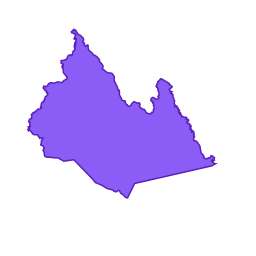 Robežnieku pag., Kraslavas, Latvia, rotated 27°
{"feature_id": "27541924B81744778922101", "entity_name": "Robežnieku pag.", "entity_type": "district", "adm_level": 2, "iso_a3": "LVA", "parent_name": "Latvia", "parent_adm1": "Kraslavas", "projection": "albers", "projection_center": [27.571, 55.969], "detail": "fine", "context": "isolated", "style": "filled", "palette": "violet", "viewbox_px": 256, "rotation_deg": 27, "n_neighbors": 0, "source": "geoboundaries", "source_scale": "gbopen_adm2", "svg_char_len": 5651}
<svg xmlns="http://www.w3.org/2000/svg" viewBox="0 0 256 256"><g transform="rotate(27 128 128)"><path d="M177.7,93.0L177.1,93.7L175.7,93.7L175.3,93.5L175.3,93.2L175.8,92.6L175.8,92.3L174.7,92.2L172.5,93.1L171.0,92.8L170.5,93.4L169.7,92.4L168.6,92.2L168.7,91.7L167.4,91.9L167.5,91.4L168.0,91.0L167.9,90.8L167.3,90.5L166.1,90.9L165.8,90.5L165.9,90.2L165.2,90.1L165.2,89.7L165.8,88.9L165.7,88.6L164.9,88.7L164.2,88.2L163.7,88.2L163.6,87.6L163.4,87.5L163.1,88.0L162.9,88.0L162.1,86.7L161.3,87.1L161.2,86.9L161.6,86.6L161.6,86.4L160.7,86.5L160.4,87.0L160.4,86.4L160.2,86.3L159.3,86.7L159.3,86.1L157.8,84.8L157.2,82.6L156.3,82.1L155.6,81.1L153.5,79.4L153.2,78.7L153.2,78.2L152.8,77.9L151.2,77.1L150.9,77.3L151.0,77.9L150.3,78.0L149.8,77.2L149.9,76.3L150.4,75.7L148.4,75.8L147.3,75.2L147.2,74.8L147.9,73.7L147.8,72.8L148.7,72.1L148.6,71.4L148.3,71.0L146.3,70.5L145.1,70.6L144.7,69.6L137.3,69.1L136.6,69.3L135.9,68.9L135.4,69.0L134.6,69.5L134.3,71.5L133.9,72.8L133.5,73.1L134.0,73.6L133.9,75.3L133.7,75.4L134.6,77.4L134.1,77.9L135.1,78.2L135.2,78.7L135.9,78.8L136.9,79.6L137.6,80.8L140.3,83.4L140.4,84.3L140.8,85.2L140.4,85.5L140.3,86.2L140.4,86.5L141.3,86.8L141.7,87.5L141.6,88.0L140.7,89.2L139.7,89.8L137.8,89.3L136.1,89.5L135.3,91.1L135.6,92.0L135.5,92.4L135.9,92.6L136.3,93.4L136.6,93.6L138.7,93.4L138.8,94.6L140.2,95.2L140.3,96.3L141.8,97.4L142.5,99.1L142.2,100.2L143.1,101.5L143.1,102.7L142.0,103.3L141.9,104.9L141.7,105.3L138.0,106.2L137.0,105.9L134.2,104.0L133.7,104.3L133.0,104.3L132.8,104.8L131.4,104.5L130.9,104.2L129.6,104.2L128.0,103.1L127.9,102.7L128.1,101.6L127.9,101.2L126.9,100.7L126.1,100.6L124.8,101.8L122.9,101.6L121.3,101.9L120.9,102.8L120.2,105.2L120.2,106.8L119.3,108.0L118.3,108.5L117.0,107.7L116.0,107.8L115.4,107.5L113.8,106.3L113.5,105.5L113.1,105.2L110.5,105.9L109.5,105.8L108.6,104.5L107.5,104.0L104.6,101.6L104.4,100.2L103.8,99.6L103.2,98.4L102.6,98.3L102.5,98.8L101.5,98.4L100.0,96.4L98.3,95.1L97.1,94.6L96.1,93.3L94.9,92.8L94.2,91.7L93.6,91.4L92.9,89.0L91.4,87.8L89.4,86.8L88.4,86.6L85.0,88.0L81.9,87.7L79.7,87.0L78.4,87.1L77.9,84.7L77.4,83.8L74.5,82.3L73.1,82.1L72.4,81.6L71.9,80.5L70.6,79.6L69.8,79.5L68.8,78.8L67.2,78.5L65.3,78.3L64.1,78.6L61.8,77.4L57.8,76.5L56.0,74.6L54.9,72.4L53.9,72.6L53.4,73.7L53.3,74.4L51.6,74.0L50.6,72.1L49.0,72.1L48.4,70.6L48.6,69.6L47.0,68.1L45.4,67.8L43.7,67.0L42.1,67.2L40.5,66.9L38.2,65.4L37.6,65.3L36.9,64.6L35.0,64.7L34.8,65.1L35.6,65.6L35.3,65.9L34.7,65.9L33.9,67.8L33.9,68.2L34.7,68.7L35.8,68.4L37.2,68.6L37.5,68.0L38.3,68.0L39.0,68.9L38.9,69.3L39.3,69.8L39.3,71.6L40.1,72.5L39.8,72.7L40.2,72.8L40.2,73.1L40.7,72.9L41.0,72.0L41.7,72.7L41.8,73.5L42.2,74.0L42.2,74.7L42.0,75.9L43.0,76.1L43.5,76.7L43.3,77.3L42.4,77.4L42.6,78.0L43.4,78.7L42.9,79.3L43.9,79.7L43.4,80.1L44.0,80.7L44.4,80.5L44.8,81.0L44.7,81.6L45.1,81.9L44.7,83.0L44.8,83.7L44.2,84.8L44.6,85.4L44.7,86.9L45.1,87.4L45.0,88.8L44.6,89.3L43.7,88.8L42.3,90.0L41.9,90.7L41.8,91.6L42.1,94.1L41.6,95.0L40.2,96.7L37.8,98.4L38.6,99.2L38.8,100.5L40.5,100.3L41.7,101.0L40.9,101.8L41.0,102.4L41.3,102.8L41.9,102.3L42.2,102.5L42.4,103.3L42.3,103.9L41.8,103.9L41.9,104.1L43.5,104.9L45.3,108.0L50.5,110.3L51.2,112.2L49.3,114.8L48.7,117.5L44.4,118.8L41.9,121.5L38.3,122.8L37.1,124.7L37.0,125.5L37.2,126.6L36.7,127.7L35.9,128.5L34.5,128.6L33.9,129.1L34.4,129.6L34.2,130.6L34.6,131.1L35.7,131.5L36.2,131.3L37.4,132.5L38.5,132.1L39.5,132.9L39.5,133.6L40.2,133.9L40.7,133.6L41.3,134.4L40.9,136.3L40.1,138.2L40.6,139.6L40.5,140.6L41.0,142.3L40.4,142.5L40.3,143.0L40.5,143.8L39.8,144.2L39.6,145.3L40.1,146.2L40.1,147.0L40.5,147.5L40.6,148.1L40.5,148.4L40.6,149.1L40.9,149.0L41.1,148.6L41.4,148.7L41.7,149.2L41.8,149.9L41.0,150.9L40.6,151.6L39.0,152.1L39.0,152.8L38.6,154.1L38.0,155.1L38.0,155.8L37.1,156.6L37.3,157.4L36.4,157.7L36.2,158.1L36.2,159.1L35.8,160.0L36.0,160.2L36.3,160.1L36.7,160.6L37.7,163.4L36.6,164.4L36.4,164.9L36.3,166.0L36.8,167.7L37.3,167.7L37.1,167.3L37.6,167.1L38.9,169.1L39.1,169.4L39.0,169.8L39.2,170.2L39.9,170.6L40.2,171.0L39.8,171.6L38.6,172.2L39.1,172.6L39.8,172.5L39.6,172.9L40.0,173.2L39.5,173.7L39.6,174.5L39.9,174.4L39.7,174.7L40.2,174.7L40.2,174.2L40.6,174.5L40.2,175.0L40.4,175.7L40.8,175.7L41.2,175.0L41.8,174.7L45.1,176.0L45.5,176.6L48.0,176.4L50.3,175.1L54.0,177.3L56.6,175.5L57.0,175.9L57.0,177.2L56.4,178.2L57.0,179.6L57.6,180.5L57.7,182.0L58.0,182.7L60.1,182.6L62.7,184.0L62.7,184.3L62.3,185.0L62.4,186.4L64.7,188.1L66.3,190.8L68.6,191.0L71.4,189.6L75.2,188.3L79.2,186.4L85.9,186.7L94.2,180.9L119.6,189.6L123.7,191.4L130.3,190.9L136.9,191.4L142.7,190.1L144.4,190.8L146.6,190.1L147.2,189.4L147.5,188.1L148.8,187.7L151.0,189.4L155.1,190.0L156.1,190.6L157.6,190.9L159.3,190.5L159.1,174.4L219.8,123.7L222.1,120.1L220.6,120.7L219.8,119.9L218.9,120.0L217.5,119.6L217.6,119.0L217.4,118.5L217.5,118.2L218.0,118.7L218.5,118.8L219.4,117.9L219.6,117.4L218.9,116.7L218.6,115.2L216.2,114.7L214.6,114.9L214.7,116.5L214.5,117.3L213.2,118.0L212.5,119.4L211.1,120.0L210.1,120.2L208.6,119.8L208.5,119.6L208.6,119.0L208.4,118.7L206.4,117.6L204.5,117.1L200.2,111.4L196.2,109.2L194.3,108.7L192.6,109.3L192.2,109.2L191.6,107.9L191.1,107.6L191.2,106.5L190.9,106.0L191.0,105.2L190.7,105.1L190.7,105.6L190.4,105.7L189.7,104.5L190.0,103.7L188.5,102.3L188.4,101.6L187.9,101.3L187.7,101.7L187.3,102.2L187.2,102.9L186.9,103.0L186.3,102.5L186.2,102.2L186.6,101.5L185.9,100.8L185.6,100.7L185.5,101.2L185.2,101.4L183.6,100.7L183.5,100.4L184.1,100.2L184.1,99.7L182.9,98.9L183.6,98.3L183.5,97.9L183.2,98.2L182.7,98.2L182.3,97.8L182.2,97.1L181.5,97.1L181.2,96.5L180.7,96.3L180.1,96.3L179.3,96.9L178.1,96.7L178.4,96.4L178.5,96.1L177.9,94.8L178.6,94.5L178.8,94.2L178.2,93.2L177.7,93.0Z" fill="#8b5cf6" stroke="#5b21b6" stroke-width="1.5"/></g></svg>